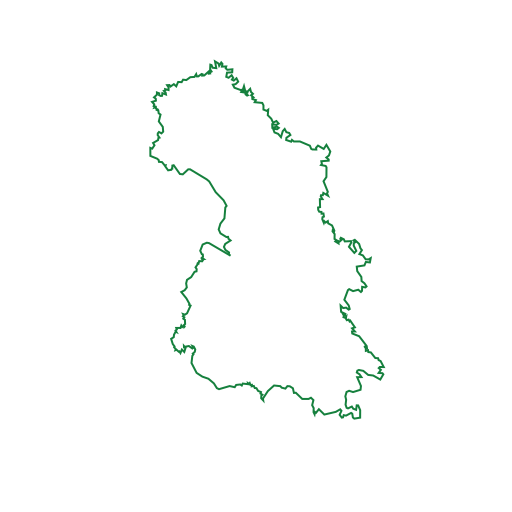 outline of So Phisai, Bueng Kan, Thailand, rotated 329°
{"feature_id": "78962969B4789393991708", "entity_name": "So Phisai", "entity_type": "district", "adm_level": 2, "iso_a3": "THA", "parent_name": "Thailand", "parent_adm1": "Bueng Kan", "projection": "equal_earth", "projection_center": [103.426, 18.145], "detail": "fine", "context": "isolated", "style": "outline", "palette": "green", "viewbox_px": 512, "rotation_deg": 329, "n_neighbors": 0, "source": "geoboundaries", "source_scale": "gbopen_adm2", "svg_char_len": 6072}
<svg xmlns="http://www.w3.org/2000/svg" viewBox="0 0 512 512"><g transform="rotate(329 256 256)"><path d="M336.9,317.0L344.1,319.9L347.1,317.7L350.3,320.2L353.2,316.9L350.7,316.9L348.3,315.3L347.9,310.5L345.6,307.6L349.8,305.5L349.5,303.2L350.6,298.8L349.0,293.0L347.6,292.9L348.1,295.3L346.4,295.4L345.1,297.5L344.6,303.3L341.9,304.0L340.4,296.0L344.7,293.5L345.1,292.2L339.6,289.2L339.9,286.9L338.1,284.1L337.1,284.7L337.9,286.2L335.1,286.7L334.2,285.5L333.2,287.7L331.5,284.4L333.2,284.1L332.1,281.8L334.7,277.7L334.3,274.3L335.0,273.5L335.7,275.1L336.2,274.6L336.9,269.0L334.7,265.2L335.5,263.1L332.9,263.2L332.5,261.5L331.2,262.6L331.8,258.5L333.0,257.0L334.5,257.2L335.7,254.3L334.0,253.5L334.8,251.9L333.0,250.6L333.1,248.5L334.2,246.4L336.1,247.1L340.0,240.2L342.3,241.5L342.2,238.3L343.0,237.4L344.6,238.3L346.2,236.6L348.8,241.4L349.1,238.9L350.6,238.0L352.4,226.7L357.0,224.6L362.1,216.3L362.1,214.7L358.6,211.5L359.9,211.0L360.8,208.4L367.4,211.7L368.0,210.7L367.0,207.8L370.3,207.4L373.5,204.7L373.6,197.0L369.2,199.1L366.0,193.3L363.3,194.1L362.5,195.8L359.2,193.7L358.5,192.6L359.0,189.2L352.6,180.4L347.4,177.3L346.6,175.0L345.0,176.1L341.6,172.1L343.0,170.3L347.8,170.0L347.8,167.6L345.8,165.5L346.0,161.9L343.2,162.8L338.6,167.0L337.9,162.7L335.5,159.6L336.2,155.8L339.4,158.2L341.5,157.9L340.6,156.0L336.1,154.4L337.7,151.5L341.0,154.1L343.6,154.1L343.0,150.8L339.3,150.5L339.8,146.2L338.6,141.4L341.8,136.9L339.9,137.1L337.8,134.3L340.0,130.7L340.2,128.0L334.1,123.5L336.2,122.3L333.7,119.6L334.3,118.4L335.5,118.6L334.6,115.7L336.9,115.4L336.2,112.8L337.1,109.7L333.0,110.8L331.3,112.5L331.8,114.0L331.0,113.9L330.3,112.1L331.0,110.3L332.5,111.0L332.0,108.2L333.2,104.2L331.1,106.0L329.8,109.5L327.8,107.8L330.2,106.5L328.3,105.8L324.2,100.7L324.4,97.2L327.0,98.2L330.5,97.4L330.8,93.6L327.3,94.2L326.2,92.4L328.2,91.5L328.2,88.5L324.3,89.1L322.8,87.1L325.6,83.9L330.2,86.3L331.9,83.8L327.3,81.6L326.7,79.5L328.1,78.2L324.3,76.1L326.2,74.0L325.9,72.2L322.4,74.0L323.0,71.7L321.1,68.1L318.7,74.5L315.8,72.3L316.2,69.4L315.4,68.5L312.8,72.4L312.9,75.0L311.0,74.9L310.7,75.9L309.5,75.4L310.9,73.4L304.6,74.6L302.9,73.7L303.8,72.8L303.2,72.0L299.0,72.3L297.8,71.6L298.4,69.3L295.5,70.8L291.8,68.9L286.9,69.3L284.3,67.3L281.8,68.7L278.9,66.7L275.0,69.5L274.1,66.4L270.0,66.7L269.9,64.9L267.8,63.8L267.9,66.5L266.5,68.7L264.1,66.2L263.7,67.2L262.1,67.0L262.7,69.4L262.0,71.2L259.6,68.2L258.0,70.3L256.8,69.8L255.8,68.2L256.8,66.7L255.3,64.8L254.2,66.7L250.3,67.5L251.1,69.5L250.2,71.3L246.3,70.4L246.9,73.6L245.5,74.8L246.5,75.8L245.3,76.5L246.8,76.9L246.2,78.1L247.1,79.6L246.3,79.9L247.2,81.0L246.1,83.5L247.0,85.6L242.0,90.6L242.6,97.3L240.5,101.6L238.1,102.2L236.7,99.7L235.0,100.3L234.0,101.7L234.2,104.8L233.2,104.5L231.7,106.2L226.0,106.1L226.0,108.8L222.3,110.5L221.1,108.9L217.0,115.8L221.4,121.7L222.0,123.7L221.3,125.3L223.8,127.1L224.4,131.3L225.3,131.7L224.4,132.5L224.8,137.3L227.8,138.5L228.9,137.7L228.8,138.7L230.9,135.4L232.2,135.8L233.0,146.5L235.3,148.3L242.5,146.8L244.1,147.7L253.2,164.9L254.3,168.0L254.3,180.5L256.9,191.5L256.6,197.9L254.7,198.6L248.3,207.5L242.2,209.9L237.7,214.0L237.2,218.3L240.4,224.5L241.9,225.2L241.3,227.0L242.2,229.6L235.8,229.8L233.2,231.7L232.9,235.0L234.7,239.1L233.6,240.6L234.3,242.6L222.4,220.8L220.7,219.3L216.2,218.7L210.9,222.8L210.5,226.5L211.2,227.3L210.2,229.3L208.8,229.6L209.7,231.8L208.2,231.1L208.4,232.2L207.1,232.8L204.7,231.1L202.9,232.8L202.2,231.4L202.2,232.8L198.3,234.6L198.4,236.7L197.1,238.5L195.2,237.9L189.6,240.7L184.6,240.9L182.0,243.5L180.5,247.3L177.2,248.6L173.4,248.4L174.5,256.6L174.3,262.8L173.5,263.4L174.4,264.8L167.4,269.6L164.9,269.7L163.6,268.2L163.5,269.6L162.3,270.0L163.0,271.6L161.4,272.3L162.2,274.1L160.2,277.8L158.5,278.1L158.5,279.7L157.8,279.9L158.1,278.7L156.3,278.9L156.2,277.1L154.2,278.8L150.6,276.6L150.3,278.2L148.6,278.5L148.6,280.2L148.1,279.5L145.2,281.2L143.7,283.2L140.6,283.3L139.3,288.6L139.6,291.6L138.8,292.1L139.3,294.4L138.4,295.2L139.6,295.4L140.5,298.3L141.2,298.3L141.2,300.3L144.3,298.0L145.1,301.3L148.4,298.4L147.2,297.3L147.9,296.0L148.1,297.1L152.1,298.6L153.8,302.5L155.1,302.3L155.2,300.5L156.0,301.6L155.8,304.8L154.2,306.6L151.6,307.1L151.8,308.0L150.0,308.8L145.6,314.5L144.9,325.6L147.9,331.8L152.0,336.7L154.3,343.5L154.4,349.1L155.7,351.1L166.4,353.9L170.2,357.5L172.6,356.3L176.3,358.0L177.1,359.7L178.9,358.5L183.2,361.8L183.6,360.8L184.1,361.9L185.2,361.6L184.8,363.7L186.1,364.3L185.2,365.5L187.2,366.3L186.9,368.5L188.3,369.5L188.3,372.7L190.2,375.2L189.0,376.2L190.0,378.2L188.6,378.5L187.2,380.6L187.8,383.5L188.5,381.8L196.6,377.9L204.8,376.3L209.8,380.1L210.2,382.1L212.9,384.8L215.9,383.7L217.9,385.1L219.5,388.4L218.0,392.9L219.7,393.7L222.0,402.3L227.5,405.6L230.1,405.8L231.0,409.1L227.3,412.8L227.1,416.1L224.9,419.5L224.7,421.8L226.2,420.0L226.7,421.3L231.0,419.7L232.9,427.1L244.1,430.7L249.2,430.8L249.5,432.7L245.9,435.2L246.3,438.7L247.5,439.1L249.2,437.6L251.0,439.2L256.7,439.5L257.3,440.7L255.9,444.3L256.5,446.0L262.0,448.2L265.9,441.8L266.6,436.7L265.4,435.9L262.6,439.4L260.7,437.0L260.6,434.4L256.4,434.0L255.5,432.8L256.2,429.6L259.2,425.7L260.3,422.3L263.6,419.2L266.4,419.5L269.1,422.6L276.7,424.5L279.0,421.5L280.3,412.0L284.0,414.1L283.8,410.7L282.4,407.8L283.8,406.5L285.5,406.7L288.8,409.7L290.9,415.7L294.9,418.8L298.9,425.9L304.2,423.0L304.0,421.6L300.9,419.4L304.4,417.9L303.5,415.3L305.0,414.9L308.3,417.0L308.7,410.2L307.5,408.4L308.0,406.5L305.7,404.9L304.8,397.8L302.8,396.2L303.5,394.5L301.3,393.9L302.6,391.6L302.4,389.0L303.8,391.8L304.5,390.2L303.1,377.9L298.6,372.0L299.4,370.2L301.9,371.6L301.1,367.5L304.0,368.1L303.5,359.9L302.5,360.2L302.6,358.2L300.8,357.8L300.8,355.9L302.0,354.5L300.6,354.9L299.5,353.5L300.6,352.6L300.7,350.0L302.0,352.4L302.8,351.7L300.2,347.7L303.0,342.1L303.9,345.5L306.7,346.7L307.8,349.7L309.0,349.7L310.0,346.1L309.2,339.0L317.2,332.6L318.8,332.4L321.1,336.1L326.3,337.6L327.4,340.9L328.9,340.5L331.1,337.1L333.6,339.3L335.1,339.0L334.9,335.2L333.6,331.9L335.5,328.2L335.0,321.1L336.9,317.0Z" fill="none" stroke="#15803d" stroke-width="2"/></g></svg>